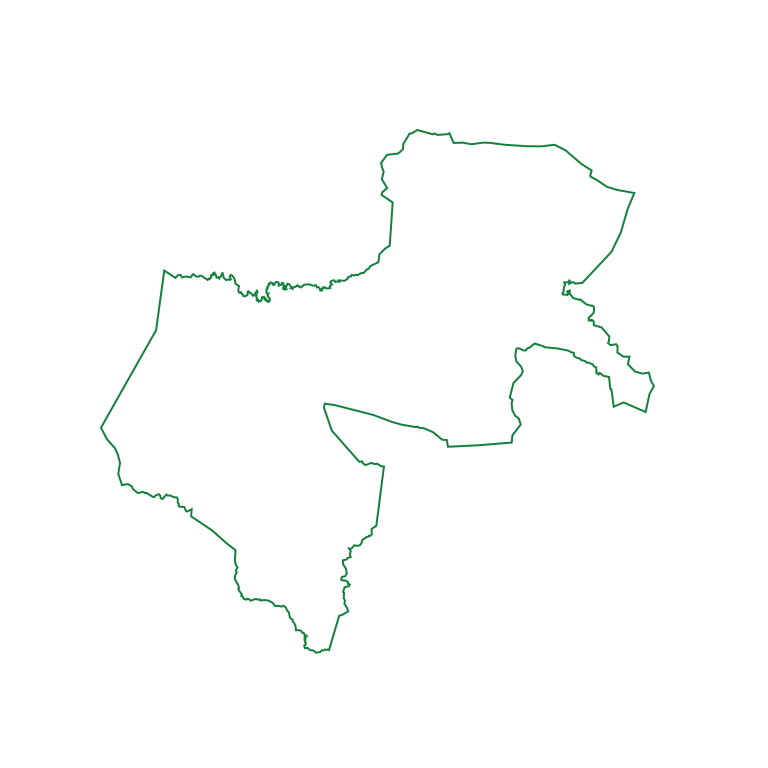 Jasikan, Volta, Ghana, rotated 286°
{"feature_id": "2480657B79217814678772", "entity_name": "Jasikan", "entity_type": "district", "adm_level": 2, "iso_a3": "GHA", "parent_name": "Ghana", "parent_adm1": "Volta", "projection": "orthographic", "projection_center": [0.477, 7.375], "detail": "fine", "context": "isolated", "style": "outline", "palette": "green", "viewbox_px": 768, "rotation_deg": 286, "n_neighbors": 0, "source": "geoboundaries", "source_scale": "gbopen_adm2", "svg_char_len": 6166}
<svg xmlns="http://www.w3.org/2000/svg" viewBox="0 0 768 768"><g transform="rotate(286 384 384)"><path d="M264.0,124.0L254.5,133.0L248.1,143.1L243.1,147.4L235.4,152.0L224.4,153.3L214.6,160.0L217.2,165.5L216.2,169.6L213.5,172.0L211.3,177.7L213.9,182.0L213.2,184.4L213.9,185.4L211.7,193.3L212.1,194.4L214.0,195.2L216.0,197.9L215.1,199.6L212.7,200.9L212.4,202.9L217.7,205.2L217.2,206.6L217.9,209.0L217.3,213.2L217.8,216.3L216.5,217.5L213.5,218.3L212.2,219.8L210.1,220.2L209.7,221.0L210.7,225.8L207.6,228.5L207.1,229.9L210.6,233.6L203.6,235.1L195.8,259.3L187.3,277.0L183.4,287.0L173.4,289.3L169.4,291.2L167.2,293.8L164.2,293.0L162.2,294.3L158.9,293.7L155.4,294.3L151.0,298.9L147.6,301.1L146.7,300.4L145.6,301.3L142.8,305.2L140.9,305.2L140.6,307.0L138.8,308.4L138.8,311.1L139.7,311.6L140.0,313.9L138.9,315.4L142.2,320.2L141.9,321.9L142.7,324.2L141.8,325.0L143.2,328.0L144.0,332.1L143.1,336.9L140.5,340.7L141.7,343.8L141.8,347.0L143.0,348.2L143.0,349.2L142.1,351.3L139.3,353.5L138.5,355.3L133.3,358.1L132.3,361.1L130.6,361.8L129.3,363.8L126.5,365.9L123.1,367.2L124.1,371.7L122.4,374.3L122.7,375.3L121.0,376.7L121.1,377.7L119.7,377.6L119.9,378.8L118.5,377.5L117.8,378.8L116.2,378.1L115.8,379.1L114.0,379.2L113.4,380.2L112.1,380.6L110.3,379.4L108.3,380.9L109.3,383.3L107.7,386.2L108.4,389.3L107.0,392.6L108.7,396.6L111.0,397.7L111.1,399.3L112.6,400.5L112.5,402.1L113.3,403.0L113.1,404.5L148.9,404.8L150.3,407.2L155.6,412.3L158.7,410.1L161.8,406.5L164.9,406.2L167.3,404.2L172.4,403.1L172.7,402.0L177.9,402.2L180.0,406.2L181.6,406.4L182.4,405.1L182.0,404.4L183.8,403.7L184.5,401.1L183.9,399.6L184.0,396.7L187.0,396.8L188.6,399.8L191.6,400.5L196.1,398.2L199.5,394.3L203.2,393.1L205.0,396.3L206.9,397.1L208.4,399.6L211.4,398.0L214.0,398.2L216.3,395.8L216.4,397.4L217.3,398.4L220.8,399.9L221.0,402.8L222.3,405.2L224.7,406.2L228.1,406.2L232.1,409.4L232.9,411.0L234.1,411.3L234.1,412.5L236.0,413.7L241.2,412.0L245.7,415.7L304.7,406.7L304.2,403.5L305.5,399.7L304.4,397.1L304.7,393.6L301.0,388.7L301.8,385.8L303.6,384.3L302.3,381.8L324.8,346.7L344.8,332.7L348.8,332.5L350.2,343.4L351.3,382.4L349.7,402.3L349.8,412.4L351.3,426.3L352.2,428.0L351.5,430.8L352.5,434.0L351.3,444.0L346.5,455.3L347.5,459.8L341.3,462.8L351.0,491.3L362.9,522.9L370.0,521.6L382.8,526.6L388.0,523.0L389.7,518.7L394.2,514.6L400.9,511.9L404.1,512.0L405.5,508.6L420.6,508.2L430.5,513.4L434.5,514.0L438.5,511.0L442.2,505.0L447.7,502.3L453.8,501.5L454.9,502.1L455.5,503.8L454.7,508.9L455.3,511.1L457.9,511.9L458.4,513.3L464.4,517.6L464.2,527.2L463.6,528.0L466.0,540.9L466.9,552.4L466.1,554.9L466.3,557.9L464.3,558.5L462.9,559.8L462.2,563.0L462.5,565.4L461.4,566.9L461.5,570.8L460.3,573.3L461.0,574.2L460.3,579.5L458.9,580.8L458.5,583.2L455.1,584.8L453.4,584.8L452.6,586.5L453.5,587.5L452.7,587.9L454.0,588.7L452.3,592.8L452.8,598.3L441.5,603.0L441.3,604.2L425.5,611.1L432.3,619.5L429.2,643.2L447.4,642.0L456.4,644.0L461.3,639.3L468.0,635.5L465.2,629.5L465.1,622.0L470.2,613.0L477.9,612.4L476.3,606.6L478.6,599.7L484.6,598.2L486.2,596.2L483.8,591.0L485.1,588.1L487.2,588.4L491.8,587.5L498.3,577.6L498.4,569.4L501.5,568.6L502.8,567.1L501.4,565.1L503.2,566.2L501.5,563.3L504.0,562.5L509.7,565.8L512.8,565.7L516.2,564.4L516.7,562.1L516.3,561.1L516.4,556.3L519.4,549.3L518.7,548.2L518.8,541.8L520.3,540.4L521.6,537.9L525.1,536.7L523.5,534.6L521.6,536.2L520.0,535.8L520.2,534.2L519.3,531.7L520.2,530.5L522.9,531.2L525.6,530.3L529.6,530.8L531.3,529.2L532.7,533.2L534.5,533.6L534.0,534.4L531.5,534.4L533.6,536.7L533.9,539.0L533.2,540.1L535.9,546.8L573.7,566.2L595.0,569.9L619.2,570.0L636.6,572.0L634.8,554.7L635.0,544.0L639.1,531.1L640.1,525.8L640.9,524.9L646.5,524.7L650.0,512.9L658.6,494.3L661.0,482.1L655.9,469.9L652.2,456.9L647.1,433.4L645.0,419.2L643.3,412.6L638.6,402.1L637.7,393.1L634.9,384.5L643.1,377.8L641.8,376.6L638.2,366.9L638.8,363.7L637.5,362.4L637.3,346.0L632.5,341.5L631.9,339.6L619.8,336.4L615.0,337.6L611.8,335.7L609.3,333.8L605.2,323.8L595.7,320.3L591.4,322.5L588.3,325.1L580.2,325.5L573.3,333.0L567.8,329.5L565.1,329.5L560.9,342.3L518.5,351.4L514.7,347.9L507.5,343.9L499.5,345.0L493.6,338.4L490.5,337.4L489.8,336.1L485.2,333.9L484.0,331.1L481.3,328.7L481.5,327.2L480.0,325.2L480.0,322.9L478.3,322.6L477.2,320.2L474.7,319.8L472.3,317.5L471.2,312.1L470.1,312.9L469.7,310.7L468.7,309.2L469.9,307.7L469.5,306.4L467.6,304.3L466.3,304.6L465.5,306.6L463.0,305.0L461.4,305.8L460.0,302.6L460.7,299.9L459.9,299.8L459.7,298.8L459.2,299.3L458.2,298.3L456.7,298.6L456.4,296.8L457.6,296.6L459.1,294.2L458.3,292.7L460.2,291.6L458.9,288.5L459.2,284.6L457.4,279.8L453.9,277.4L454.0,275.6L454.8,275.2L454.4,274.1L455.0,273.5L453.0,272.1L452.2,270.4L450.3,269.9L451.0,269.1L450.7,268.1L451.5,268.5L453.7,265.5L453.9,263.7L450.3,263.1L450.9,262.5L450.5,262.3L448.3,264.2L447.9,263.4L448.9,262.8L448.5,261.6L447.6,261.1L448.3,260.4L449.4,260.7L448.7,261.4L450.1,261.1L450.6,261.9L451.4,260.2L453.3,259.3L453.0,257.9L451.4,258.3L449.6,255.7L451.6,255.3L452.8,253.8L452.2,252.0L448.6,250.7L448.9,249.7L450.3,249.1L450.4,246.9L449.5,246.2L448.5,246.6L448.2,245.5L445.8,246.0L444.9,245.0L443.9,245.7L442.7,244.9L441.9,245.5L440.8,245.3L438.8,246.1L439.2,248.1L436.6,247.7L434.4,250.8L432.1,251.1L432.2,249.9L431.0,250.0L431.4,248.1L432.7,247.3L432.3,246.2L433.6,246.4L434.5,244.7L433.7,244.3L434.2,243.3L433.6,242.7L431.9,243.2L429.8,242.7L429.7,241.6L428.4,240.8L429.1,239.5L430.0,239.6L429.6,238.5L432.0,238.0L432.9,236.8L434.0,237.1L435.1,236.3L437.3,237.2L438.6,236.1L433.6,234.7L432.7,233.8L434.6,231.3L434.7,229.7L435.8,228.1L435.2,227.5L431.8,228.3L429.8,225.7L429.7,224.7L431.5,223.0L431.3,222.4L432.9,221.0L431.9,220.1L432.3,219.0L434.7,217.9L438.2,217.6L439.5,213.6L443.3,211.7L446.0,209.0L446.7,206.8L445.0,206.0L442.3,207.9L441.7,207.4L441.3,204.8L440.3,203.9L441.8,200.8L446.1,198.3L445.5,197.7L443.3,198.0L441.5,197.0L441.4,196.2L440.1,196.4L440.7,195.0L440.1,193.7L442.4,192.5L444.4,190.2L443.0,189.1L441.9,190.1L440.7,187.6L438.9,188.6L436.8,187.5L437.1,186.5L435.4,185.8L437.7,178.7L437.3,177.1L435.9,176.0L435.6,173.1L437.1,170.6L436.4,169.8L433.2,168.7L432.8,163.9L430.7,160.5L432.8,158.5L431.8,155.9L428.5,154.3L432.5,141.5L372.9,150.1L264.0,124.0Z" fill="none" stroke="#15803d" stroke-width="2"/></g></svg>